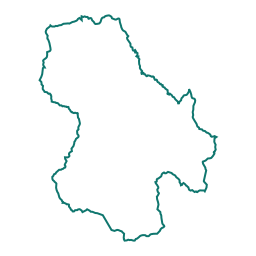 the district of Nam Tra My, Quàng Nam, Vietnam
{"feature_id": "81297802B98842550999199", "entity_name": "Nam Tra My", "entity_type": "district", "adm_level": 2, "iso_a3": "VNM", "parent_name": "Vietnam", "parent_adm1": "Quàng Nam", "projection": "natural_earth1", "projection_center": [108.076, 15.133], "detail": "fine", "context": "isolated", "style": "outline", "palette": "teal", "viewbox_px": 256, "rotation_deg": 0, "n_neighbors": 0, "source": "geoboundaries", "source_scale": "gbopen_adm2", "svg_char_len": 5686}
<svg xmlns="http://www.w3.org/2000/svg" viewBox="0 0 256 256"><path d="M50.4,25.4L50.1,26.2L49.6,26.7L46.9,28.8L46.0,30.7L45.7,31.8L46.0,33.1L47.7,35.8L47.4,36.9L47.4,38.7L47.8,39.0L48.5,40.4L49.4,43.0L50.4,47.9L50.6,49.8L50.2,50.7L49.6,51.2L47.1,52.1L47.2,55.1L46.8,57.1L46.1,58.0L43.7,59.8L43.2,60.5L43.1,60.9L43.7,62.4L43.2,64.3L43.3,65.2L43.5,65.7L44.3,66.7L44.7,67.5L43.5,67.4L42.9,68.2L42.2,74.2L41.3,76.8L39.6,80.2L41.3,81.9L41.6,83.6L41.5,84.4L43.0,85.9L42.7,88.0L42.8,89.2L44.3,91.2L44.6,91.9L46.9,92.2L47.4,92.6L47.8,93.3L48.3,93.4L48.7,93.8L49.8,93.6L50.8,94.7L50.7,95.2L51.3,96.1L51.2,98.6L51.7,100.3L51.7,101.6L53.3,102.1L55.4,102.4L56.2,103.0L56.9,102.9L58.0,103.3L59.8,105.4L61.5,105.4L62.4,106.3L63.9,106.1L65.1,106.6L66.0,106.5L66.6,107.0L68.2,106.9L68.5,107.1L68.7,108.3L69.1,109.0L69.9,109.8L70.8,111.5L71.4,111.7L71.7,112.2L72.2,112.1L73.0,112.8L74.0,113.1L75.0,112.7L76.6,113.2L77.3,113.0L77.7,113.3L77.8,113.4L77.7,114.5L78.0,117.6L78.9,118.8L79.9,123.3L79.7,124.5L78.4,127.0L78.3,128.2L78.5,129.4L78.1,129.9L77.4,130.4L77.1,131.1L77.3,133.9L78.5,135.4L78.6,136.3L78.3,137.1L76.0,138.9L75.2,140.8L74.4,141.8L74.2,143.6L73.5,146.0L71.5,148.6L71.9,151.2L70.3,152.1L69.1,153.3L69.0,154.4L69.4,155.5L69.3,156.3L68.5,157.0L67.6,157.4L65.0,157.3L65.2,158.9L66.6,161.1L64.8,164.5L64.8,165.2L65.5,166.2L65.2,167.5L64.3,167.7L63.1,168.8L62.0,169.1L61.1,169.7L59.1,169.8L56.1,172.5L55.5,173.7L54.1,174.2L53.3,175.9L52.3,176.9L52.4,179.0L52.9,180.1L53.9,180.9L54.7,181.9L55.9,182.9L56.4,183.6L56.1,187.7L56.6,190.0L57.5,192.2L58.2,193.2L59.4,197.5L60.3,198.8L61.8,200.2L62.2,201.5L63.0,201.8L63.3,202.2L62.9,202.9L64.1,202.9L65.7,203.5L66.7,204.3L67.6,204.2L68.9,204.6L69.0,206.6L70.5,208.5L70.9,209.7L71.8,210.2L72.3,210.7L72.6,211.4L73.0,211.5L74.0,211.4L75.1,210.2L77.3,210.1L78.1,209.4L79.7,209.2L81.6,210.5L82.5,212.1L86.2,210.2L87.1,209.3L89.7,210.7L90.7,211.7L92.5,211.8L95.3,213.0L97.3,213.2L102.8,215.2L111.5,230.0L114.5,230.9L117.1,229.9L118.5,230.1L120.5,231.0L121.7,231.3L122.4,232.2L124.1,233.7L123.7,238.0L124.0,238.7L123.9,239.3L124.6,240.6L126.8,240.4L128.2,239.7L129.6,240.1L131.1,239.9L133.4,240.6L134.7,240.6L135.8,239.0L137.1,238.6L139.2,236.9L139.8,236.2L141.2,235.5L142.9,235.1L145.2,235.2L145.8,235.5L146.3,236.1L148.3,236.2L149.0,235.9L150.2,234.6L151.0,234.2L153.5,233.8L157.2,233.7L160.1,230.6L160.4,229.5L161.6,228.2L163.6,227.2L164.3,226.3L164.0,225.5L162.8,224.3L162.3,223.3L161.4,217.8L161.3,215.9L161.0,214.7L160.5,214.0L160.3,212.0L157.4,209.3L158.5,204.6L158.0,202.0L157.1,199.1L156.9,196.6L157.7,195.7L158.8,193.6L158.9,193.2L157.8,191.8L157.3,190.0L157.3,189.5L158.3,188.0L158.3,187.1L157.1,185.0L155.8,183.3L155.4,182.1L156.2,181.9L156.7,181.5L156.8,179.5L157.3,178.8L158.2,178.6L161.0,176.5L161.3,176.1L161.8,174.3L162.6,173.3L164.0,172.5L165.0,173.3L166.1,173.2L168.0,171.9L171.6,173.0L172.6,174.1L175.2,175.5L176.3,177.2L178.5,178.9L179.5,180.2L179.7,180.8L179.5,182.0L180.7,184.0L180.9,185.3L182.0,184.9L182.2,184.1L183.5,183.0L185.3,184.4L186.1,185.6L186.7,185.8L187.8,187.0L188.3,187.2L189.0,189.5L189.3,189.9L190.6,190.6L192.2,190.1L194.6,192.0L196.0,191.4L196.7,192.0L197.4,192.1L198.4,191.1L199.9,190.4L204.1,190.5L204.8,191.3L206.5,187.5L206.8,184.7L204.0,181.6L203.8,181.1L206.2,170.4L205.5,169.0L205.3,167.6L203.1,163.8L202.7,162.0L203.0,161.5L204.4,161.1L205.8,160.4L207.8,158.5L210.0,158.3L211.3,157.9L213.0,155.9L214.4,153.7L214.4,153.3L213.8,152.5L213.8,152.2L214.0,151.8L214.8,151.5L215.0,150.7L215.7,149.7L215.2,147.0L215.6,144.7L214.6,142.7L214.3,141.7L214.5,138.7L214.8,138.1L216.4,137.0L214.5,136.1L213.3,136.6L211.5,136.7L211.1,136.2L210.8,136.1L210.4,134.9L209.6,134.0L207.7,132.8L206.6,132.6L204.9,131.0L203.6,130.8L202.8,130.5L202.0,129.4L199.3,129.0L199.0,127.6L197.4,126.5L196.5,123.8L194.5,120.6L192.9,117.8L192.7,117.0L193.2,115.1L192.7,112.1L193.3,109.7L193.4,105.9L195.0,102.1L195.2,100.2L194.5,98.8L192.3,98.1L192.0,97.7L191.5,96.4L191.3,94.8L190.4,91.9L189.1,89.1L189.0,90.6L188.8,91.6L187.8,93.4L186.9,94.6L186.2,95.0L184.1,95.3L183.7,95.6L182.7,97.1L181.6,98.2L181.2,99.3L181.1,100.3L179.4,101.8L179.0,103.3L178.2,103.4L178.0,103.0L178.0,101.8L175.4,99.4L174.0,97.2L172.7,96.8L171.8,95.2L169.9,93.7L169.2,94.6L167.6,94.0L167.5,93.6L168.1,93.1L167.7,92.2L167.6,90.2L165.3,88.6L164.6,87.5L163.5,87.1L162.6,86.6L162.4,86.1L162.8,85.5L162.7,85.1L161.2,84.7L160.8,83.9L160.0,84.0L158.8,82.5L157.8,82.1L157.2,81.3L157.1,80.4L156.8,79.9L156.1,79.6L155.3,79.9L154.9,79.8L154.2,78.4L154.0,77.2L152.9,76.4L152.0,76.8L150.1,75.9L148.7,75.5L147.7,75.4L147.1,76.1L146.7,76.2L145.8,75.5L145.2,74.4L144.1,74.2L143.7,73.2L143.4,72.9L142.9,73.0L142.2,73.8L141.7,73.9L141.5,73.3L141.4,72.3L142.1,71.9L142.1,71.0L140.5,69.2L139.9,68.0L140.0,66.1L139.2,64.1L139.0,60.7L139.4,59.2L138.3,58.0L138.4,56.5L137.0,56.7L136.4,56.3L137.4,55.1L137.5,53.1L137.0,52.7L135.1,52.5L135.0,52.0L135.7,51.7L135.9,51.3L135.1,50.0L134.0,50.7L133.1,50.5L132.7,49.8L132.4,47.5L131.2,47.0L130.7,46.5L130.4,45.2L130.5,44.2L130.4,43.6L127.4,39.3L127.1,38.3L127.1,37.5L128.0,36.7L128.3,36.1L127.2,35.0L125.4,31.8L123.0,30.4L122.2,29.3L121.2,27.0L121.1,26.1L119.9,22.3L119.5,19.2L119.0,18.6L118.2,18.5L116.0,19.6L115.0,19.5L112.0,18.3L111.4,16.7L109.5,15.5L108.4,15.4L106.4,15.8L105.2,16.2L104.1,17.3L103.2,17.4L102.1,18.0L101.4,19.1L100.6,21.8L99.4,23.4L97.7,23.8L95.5,24.0L94.7,23.5L93.8,21.9L92.2,20.4L91.3,18.3L90.1,18.0L88.8,18.8L88.4,18.6L87.9,17.3L87.3,16.9L86.0,17.0L84.7,16.4L83.3,17.0L81.6,16.3L81.5,17.2L81.7,20.1L79.4,18.0L78.0,18.9L77.3,20.0L76.5,20.7L74.3,21.6L72.4,22.0L69.4,23.6L68.2,23.4L63.4,23.8L61.2,25.1L59.2,25.3L57.2,26.1L55.8,25.9L54.6,26.5L52.2,26.5L51.5,26.3L50.4,25.4Z" fill="none" stroke="#0f766e" stroke-width="2"/></svg>